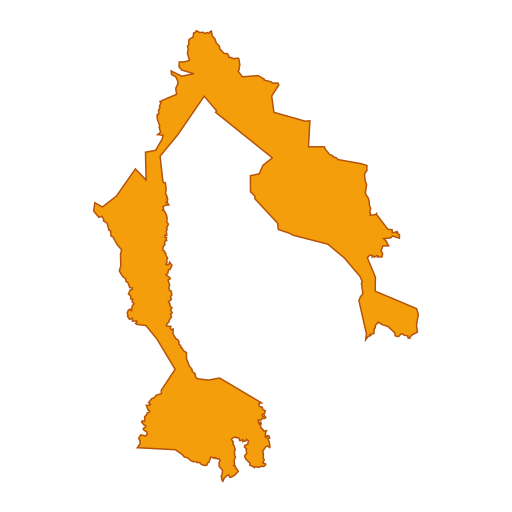 Metlatónoc, Guerrero, Mexico (Robinson projection)
{"feature_id": "50627088B85830591431491", "entity_name": "Metlatónoc", "entity_type": "district", "adm_level": 2, "iso_a3": "MEX", "parent_name": "Mexico", "parent_adm1": "Guerrero", "projection": "robinson", "projection_center": [-98.445, 17.124], "detail": "fine", "context": "isolated", "style": "filled", "palette": "amber", "viewbox_px": 512, "rotation_deg": 0, "n_neighbors": 0, "source": "geoboundaries", "source_scale": "gbopen_adm2", "svg_char_len": 6068}
<svg xmlns="http://www.w3.org/2000/svg" viewBox="0 0 512 512"><path d="M94.8,202.7L93.7,211.1L98.9,217.3L102.1,216.4L103.7,219.4L103.5,220.9L107.0,223.0L109.0,230.3L110.6,230.9L111.0,236.0L113.0,237.0L117.1,244.5L121.6,249.8L120.5,254.2L120.8,265.8L119.3,271.0L122.7,276.5L125.7,278.9L125.9,281.4L127.8,282.6L129.8,287.6L132.3,288.0L131.9,289.7L130.2,290.0L128.4,294.0L130.6,295.8L130.8,298.9L132.7,299.2L132.1,301.8L134.1,303.9L132.2,305.7L131.7,310.6L131.0,310.7L130.1,309.1L128.4,310.1L127.2,313.0L127.9,315.0L127.5,316.3L129.5,319.3L132.4,318.2L132.4,321.1L136.8,321.0L137.0,321.8L135.6,323.5L136.9,324.4L145.9,325.5L156.8,338.8L175.1,369.3L161.2,390.4L161.4,393.6L156.1,395.3L154.3,397.7L151.7,398.6L148.6,402.6L150.5,404.2L149.9,405.2L146.3,405.3L148.1,410.1L149.5,410.7L149.6,411.9L147.1,413.1L146.7,414.7L144.6,416.7L145.0,420.7L144.1,421.4L142.3,420.7L141.6,422.0L143.9,424.9L145.6,425.6L145.4,427.2L143.5,428.2L143.3,429.6L146.9,432.1L147.2,434.0L145.8,436.0L140.8,434.8L138.7,438.2L140.0,441.0L140.1,443.8L137.3,447.7L175.4,449.7L182.2,454.5L184.3,457.0L187.8,457.9L190.6,460.5L193.3,461.7L196.1,461.6L197.3,462.7L199.4,462.4L201.5,464.5L204.2,465.4L206.7,465.3L207.9,462.6L208.9,462.4L210.7,457.1L214.6,458.3L214.4,457.5L215.3,457.5L217.7,459.1L219.0,458.6L220.2,460.4L219.1,462.3L219.1,466.3L222.5,470.3L222.2,473.9L221.1,476.6L221.9,478.0L221.6,479.5L222.9,481.3L224.2,478.1L226.8,475.6L228.9,475.1L229.8,477.3L230.7,477.3L234.4,475.5L238.3,471.4L236.3,468.2L235.5,468.0L235.4,466.3L234.1,465.6L234.6,465.5L234.2,460.0L235.5,457.0L234.7,455.5L234.4,451.0L235.2,450.2L234.3,446.2L232.7,443.8L233.4,442.0L231.4,439.5L232.4,438.2L235.1,436.9L236.3,437.9L237.7,437.4L239.5,438.6L239.2,439.5L239.9,440.8L242.8,439.7L242.8,441.7L246.2,440.7L246.6,439.4L248.5,440.8L247.6,444.3L244.8,445.4L244.4,447.0L246.6,449.0L246.1,450.1L246.8,453.0L244.7,455.7L244.8,456.8L245.6,458.8L250.1,463.4L249.7,465.1L253.7,466.9L254.6,468.2L254.4,467.0L255.1,466.7L259.3,467.3L261.4,466.2L263.6,466.5L265.5,465.1L265.7,464.0L262.8,462.9L264.2,459.8L263.3,457.9L263.3,452.8L262.6,451.3L266.1,446.4L268.0,446.2L269.5,447.6L270.0,447.1L269.2,441.8L267.8,439.2L269.6,438.2L269.2,436.3L267.5,435.5L266.8,436.0L266.8,437.3L265.4,437.4L265.4,433.4L266.4,430.6L264.0,431.2L262.3,428.8L261.0,428.2L260.5,425.0L261.2,423.8L260.9,422.3L260.3,422.2L259.4,424.0L258.8,423.7L258.3,419.8L260.7,420.2L262.6,418.3L264.2,418.6L265.8,417.6L264.6,415.8L262.5,416.4L262.1,415.0L262.4,414.1L264.2,414.2L265.3,410.9L262.6,409.1L262.3,407.2L259.7,406.6L259.2,405.8L259.0,403.3L261.5,402.9L219.6,378.0L208.5,380.1L197.8,378.8L195.6,377.1L195.1,373.7L192.2,371.5L192.1,369.5L189.3,366.0L186.4,358.3L186.5,352.6L183.5,350.7L181.9,347.8L180.9,347.6L180.7,345.5L178.8,344.2L179.1,342.6L178.4,340.4L175.5,338.2L173.0,333.7L173.2,329.0L171.3,329.7L170.1,328.0L170.9,326.5L166.5,326.0L166.9,323.7L169.0,321.9L169.1,320.3L171.5,317.0L170.4,314.5L172.2,312.9L170.5,309.9L172.0,307.9L169.7,305.5L170.0,304.1L168.4,301.9L171.4,299.4L170.4,296.7L171.8,295.1L171.3,291.2L169.4,290.2L168.9,286.8L169.7,285.1L168.0,280.1L170.1,278.9L170.1,278.0L166.0,274.7L167.9,273.1L168.5,269.7L170.0,269.5L172.0,265.3L169.6,262.2L169.3,263.7L167.7,265.0L165.9,264.2L167.1,262.5L166.6,260.4L167.6,258.2L165.9,255.2L165.6,253.1L164.7,253.0L164.7,251.4L162.8,249.9L163.3,246.1L164.9,244.9L164.6,241.2L166.7,240.6L166.1,239.0L166.6,237.7L164.6,236.9L165.3,235.1L166.8,235.4L166.3,230.9L167.2,229.2L166.6,228.1L168.4,224.2L166.6,221.2L167.2,218.7L166.4,214.8L164.3,210.9L162.5,210.2L163.6,209.0L163.0,206.6L165.9,205.1L168.8,205.0L167.5,202.7L166.2,202.4L167.4,201.3L167.7,198.8L166.7,198.3L167.2,197.0L165.5,193.0L166.2,189.6L165.4,182.9L163.8,182.7L162.8,180.7L160.1,156.2L177.8,134.7L204.2,96.2L216.6,110.8L215.6,112.3L272.3,157.8L262.9,165.4L259.2,173.8L250.4,175.7L250.5,191.7L254.7,195.9L255.0,198.9L277.6,223.2L278.3,229.5L289.4,233.2L293.0,235.2L327.9,244.2L344.3,257.9L360.0,276.4L362.3,281.7L361.4,283.2L362.9,293.7L360.4,296.8L358.9,300.5L366.4,333.7L365.7,339.7L367.9,336.7L370.7,335.5L369.9,334.5L373.9,333.5L374.3,328.6L375.3,327.8L375.4,325.5L378.2,322.1L379.0,323.0L380.6,323.2L381.5,324.4L387.8,326.4L394.7,332.7L395.3,335.8L396.4,336.3L398.8,336.4L401.0,333.9L402.3,333.8L403.8,335.0L407.8,336.0L408.0,337.9L409.8,338.4L410.2,336.8L412.2,334.8L417.4,332.2L416.5,325.3L418.3,314.3L416.5,308.6L375.2,291.2L375.4,277.2L367.3,257.6L370.4,254.8L372.5,255.8L372.2,257.0L373.6,256.3L374.3,257.1L376.8,255.6L377.8,255.8L377.5,257.0L382.1,256.8L382.6,253.5L381.0,250.8L382.9,245.9L388.6,245.8L386.1,241.0L383.6,238.6L390.5,238.0L392.5,236.0L399.4,238.2L399.5,234.8L398.2,234.0L397.3,232.0L396.9,232.9L395.9,231.7L395.1,232.4L392.2,232.6L392.2,229.8L387.8,229.2L376.7,214.7L376.6,213.5L375.5,214.6L370.2,215.3L370.5,213.5L369.7,212.0L370.7,208.4L369.3,204.9L369.3,202.1L368.2,198.0L365.8,194.4L365.4,192.6L366.6,184.7L365.2,180.6L364.6,175.3L365.0,172.9L366.9,170.7L366.9,165.5L361.1,163.7L338.1,159.6L336.1,157.7L333.2,156.9L332.8,155.7L329.8,154.7L325.2,149.1L324.4,146.8L308.5,146.8L309.9,120.8L305.1,121.2L273.9,112.3L271.7,96.0L278.8,85.0L278.0,83.1L272.5,83.1L271.2,81.9L264.1,80.0L264.1,79.0L258.1,75.6L242.4,76.8L238.2,71.3L239.3,69.2L239.0,67.0L239.9,65.5L238.9,59.0L238.1,58.1L233.6,58.7L230.6,57.3L228.8,57.4L228.5,55.3L227.3,53.6L224.3,53.5L222.8,52.1L219.9,48.9L219.3,46.0L216.3,43.1L214.8,38.6L212.3,36.1L211.4,31.1L209.9,31.8L210.0,32.6L209.0,33.3L207.0,32.5L205.1,33.6L203.1,32.3L199.7,32.5L196.3,30.7L195.4,32.4L193.6,33.0L193.1,37.1L189.1,39.4L188.6,42.5L189.1,43.8L187.5,46.3L188.2,49.3L187.4,53.3L189.5,60.4L184.6,61.8L179.3,62.0L179.0,66.7L181.6,70.0L193.9,73.7L181.8,76.2L171.1,71.0L171.6,74.6L175.8,76.8L177.9,81.5L177.8,84.0L175.7,88.4L176.6,94.3L161.5,100.7L161.3,101.6L160.0,101.5L160.7,103.3L159.4,106.4L160.1,107.2L158.6,110.2L158.7,113.8L157.2,114.7L157.7,115.3L157.0,116.4L157.4,119.4L159.8,126.0L159.1,127.1L160.6,132.3L157.6,134.6L163.1,135.3L162.1,139.2L155.6,150.3L145.5,152.2L146.1,180.1L135.4,168.9L116.4,196.1L102.4,207.0L94.8,202.7Z" fill="#f59e0b" stroke="#b45309" stroke-width="1.5"/></svg>